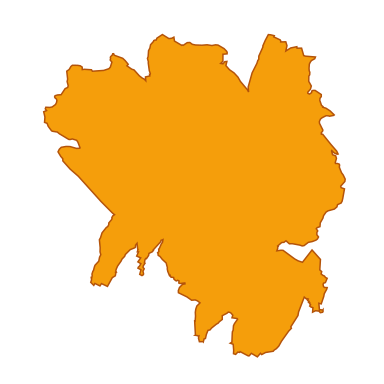 Tlapanalá, Puebla, Mexico, rotated 183°
{"feature_id": "50627088B76053764964540", "entity_name": "Tlapanalá", "entity_type": "district", "adm_level": 2, "iso_a3": "MEX", "parent_name": "Mexico", "parent_adm1": "Puebla", "projection": "mercator", "projection_center": [-98.531, 18.695], "detail": "fine", "context": "isolated", "style": "filled", "palette": "amber", "viewbox_px": 384, "rotation_deg": 183, "n_neighbors": 0, "source": "geoboundaries", "source_scale": "gbopen_adm2", "svg_char_len": 5886}
<svg xmlns="http://www.w3.org/2000/svg" viewBox="0 0 384 384"><g transform="rotate(183 192 192)"><path d="M48.1,237.6L49.7,240.5L50.4,241.2L55.8,246.8L64.5,256.5L65.8,256.5L66.0,257.9L64.6,259.9L64.6,260.8L68.3,267.3L68.5,269.1L67.5,271.6L65.9,273.0L62.1,275.2L59.9,275.2L58.6,274.9L54.5,275.9L54.0,276.4L58.3,280.2L62.6,282.7L65.8,283.5L65.6,284.1L67.2,285.3L69.2,290.2L69.1,292.3L67.9,294.0L68.0,296.1L74.4,299.9L76.5,299.8L77.6,299.2L77.8,297.5L79.8,295.9L81.5,296.6L81.6,297.7L79.1,300.9L78.4,304.1L81.2,308.6L81.4,313.8L80.6,315.2L80.6,317.8L81.3,319.2L81.6,321.7L81.5,325.9L80.7,327.8L79.6,329.5L76.4,331.5L75.8,333.3L85.9,333.6L87.6,334.1L90.1,341.4L94.6,341.1L94.9,342.6L101.0,341.0L105.7,337.7L104.8,343.1L106.2,346.9L111.3,346.5L111.3,347.5L111.9,348.5L118.5,351.2L118.0,352.4L121.7,353.1L124.0,353.2L126.8,347.2L128.9,341.6L128.8,340.5L129.3,339.2L132.4,331.2L132.3,328.1L133.2,326.7L133.9,323.9L138.2,314.1L141.4,299.8L140.7,294.8L142.2,297.2L149.5,305.0L152.1,309.1L156.2,313.1L161.0,316.1L164.8,320.0L164.0,324.2L166.0,323.9L167.8,321.6L170.1,321.9L168.0,324.2L168.3,331.2L164.2,331.8L164.2,333.3L164.7,334.3L167.5,336.9L173.7,340.1L176.2,340.2L179.8,339.3L184.6,339.8L189.8,339.1L196.2,339.0L199.4,339.5L202.0,341.2L204.6,340.9L208.5,338.0L209.5,338.3L209.9,337.9L217.4,341.8L218.2,345.7L220.2,344.5L223.1,344.0L229.8,347.7L235.1,343.8L235.7,341.9L237.2,341.7L238.1,341.2L238.3,340.4L241.1,336.9L241.6,333.5L242.8,330.9L242.9,324.9L243.5,323.1L242.3,319.5L242.5,318.8L241.0,310.9L239.8,308.0L240.1,307.0L240.5,307.1L240.2,305.7L244.5,304.5L244.0,300.7L245.7,302.3L247.4,303.0L250.6,305.2L256.3,310.9L258.6,311.5L263.6,314.6L262.4,316.2L265.6,319.7L268.2,321.9L276.8,324.5L277.5,326.0L278.4,325.9L278.9,324.4L280.3,323.0L280.6,322.2L280.3,321.4L280.6,319.5L278.8,317.5L280.1,312.4L281.4,310.8L286.5,308.8L297.8,307.4L298.8,308.8L306.0,308.9L308.0,308.5L308.2,311.0L310.2,312.2L312.9,312.5L318.1,312.3L319.5,311.0L321.1,307.9L323.4,306.1L322.1,298.2L322.5,295.8L321.2,291.7L321.6,289.9L324.1,288.6L327.8,282.3L331.3,281.9L333.8,281.0L334.2,279.8L333.7,278.8L332.4,277.9L331.7,276.5L332.0,274.2L332.9,272.2L336.1,269.6L338.5,269.0L342.4,269.0L342.9,267.4L341.5,265.7L344.3,264.4L342.8,259.1L342.9,253.8L340.3,253.0L339.0,250.0L335.6,245.9L334.8,245.4L329.6,244.8L327.5,243.2L317.9,238.1L316.6,238.0L314.3,238.7L309.9,237.6L308.5,235.7L306.1,230.2L306.5,229.8L309.7,229.5L316.2,231.0L320.1,230.9L324.9,229.8L326.8,227.7L327.9,225.1L324.8,220.5L322.8,218.5L322.6,216.3L314.8,208.4L306.5,201.9L282.2,177.6L270.3,166.8L268.2,165.3L269.8,164.1L270.7,162.3L270.5,161.1L270.9,160.2L273.5,156.7L273.4,155.2L274.3,153.1L275.7,152.1L279.7,146.5L281.0,141.5L282.0,139.5L280.8,131.6L280.7,127.4L279.8,124.6L280.9,122.1L281.5,118.0L285.0,113.8L285.6,111.9L286.3,108.4L286.8,107.8L287.6,104.8L287.3,103.5L287.7,100.8L288.1,101.0L287.7,99.0L288.4,96.5L285.2,93.6L284.2,95.6L279.0,93.4L277.6,95.8L271.5,93.3L267.1,102.3L264.2,104.3L263.8,107.3L264.1,107.7L263.3,108.0L264.0,109.1L263.6,111.1L262.4,114.2L259.2,119.3L258.4,121.3L255.9,124.2L255.3,126.1L250.7,131.2L246.2,133.3L245.6,134.0L245.6,136.0L244.2,137.9L243.2,131.9L242.9,131.8L243.5,129.4L242.3,129.4L243.9,125.1L239.8,123.5L242.4,119.4L239.3,117.7L240.6,115.2L241.7,114.1L242.0,113.1L238.9,111.7L239.9,107.0L237.6,105.9L236.2,106.9L236.1,107.9L236.8,110.4L235.7,112.8L237.0,114.3L236.8,115.7L235.2,118.4L235.8,118.7L235.4,122.1L234.7,123.2L234.0,123.0L232.0,126.4L231.8,128.4L228.4,130.3L227.4,131.9L227.7,132.1L220.6,140.8L220.4,142.1L218.5,143.0L218.8,140.3L219.9,138.6L221.9,133.3L222.3,133.2L222.0,130.8L223.2,129.5L222.6,128.6L222.6,127.5L222.4,126.9L220.6,126.0L218.1,123.1L214.1,119.8L212.6,115.1L212.7,113.9L212.0,111.3L210.1,107.3L209.6,107.8L208.5,105.8L205.9,105.7L205.4,103.9L203.6,102.6L202.8,102.4L201.7,103.1L200.3,102.5L200.4,100.4L199.1,100.0L194.4,100.8L194.2,99.9L196.7,99.2L199.5,96.0L200.5,92.8L200.3,90.7L191.6,87.0L186.7,83.9L183.2,84.4L180.9,83.6L178.2,81.7L181.2,78.4L182.1,75.2L182.4,72.0L182.0,68.3L182.1,63.3L182.6,63.4L181.1,49.3L181.4,49.1L178.7,48.8L178.2,48.3L177.6,48.6L177.9,46.4L176.8,42.9L173.2,43.1L172.9,42.8L172.2,46.0L170.9,46.4L170.2,50.5L168.8,54.7L166.8,55.2L165.3,57.2L160.5,61.5L159.2,62.2L157.8,64.0L155.1,66.3L155.3,70.1L150.7,72.8L149.5,74.0L147.7,73.7L146.7,73.1L144.8,71.1L145.5,68.5L140.3,68.0L139.8,67.4L142.7,62.8L143.6,60.6L143.7,55.9L144.3,54.8L144.4,53.3L144.3,44.1L145.9,43.0L142.9,42.1L142.1,36.0L142.1,32.7L139.9,32.1L137.9,34.5L136.0,34.3L135.6,35.1L127.3,31.3L126.3,31.4L124.3,34.0L118.1,30.8L115.2,34.5L113.9,33.3L110.1,35.6L102.6,37.2L101.5,38.6L99.6,39.9L97.3,42.6L94.8,47.7L88.2,58.1L85.6,61.1L86.3,62.5L79.7,74.2L79.3,77.8L74.4,92.9L72.1,91.1L71.8,91.5L70.3,91.2L70.9,89.7L69.4,88.9L69.9,88.0L68.5,87.3L68.8,86.7L67.7,85.6L68.5,84.3L67.3,83.4L65.2,82.8L65.3,78.3L62.4,79.9L59.4,79.7L58.7,80.1L58.8,79.5L57.5,78.2L55.4,78.7L54.9,79.3L55.0,81.3L55.2,81.0L58.6,81.2L59.5,87.5L57.1,87.0L55.0,94.4L54.6,97.3L52.4,101.9L52.0,103.6L54.8,103.6L55.8,104.7L56.3,106.7L55.8,107.9L54.4,108.3L53.9,108.9L52.5,112.9L54.2,113.6L55.3,115.0L57.1,115.7L58.8,117.0L58.3,119.3L60.3,120.9L60.2,131.4L69.1,140.4L78.0,127.6L82.4,128.8L85.9,130.5L98.0,138.5L100.1,138.5L104.2,137.7L103.5,140.0L103.5,141.8L103.1,142.2L103.6,142.6L99.7,146.3L97.6,146.5L95.6,148.2L92.1,145.4L89.0,145.6L81.5,144.6L79.2,143.9L77.3,144.3L73.2,147.8L69.3,148.8L65.7,150.4L64.3,151.6L63.3,153.7L65.1,155.9L65.2,158.2L64.4,159.7L66.0,161.8L65.1,163.0L62.4,164.1L62.3,167.9L59.9,172.7L59.4,175.2L57.1,178.9L55.2,180.3L48.9,182.4L46.5,184.7L46.0,187.0L42.5,188.8L41.6,190.7L41.1,193.5L39.9,203.1L43.4,204.2L43.8,205.6L39.9,210.5L39.7,212.9L41.9,216.9L43.7,219.1L45.7,223.4L46.2,224.6L46.0,226.6L46.4,227.5L48.3,228.1L50.2,228.0L50.5,228.8L49.5,233.1L50.4,235.6L53.6,236.6L54.8,240.3L54.6,240.7L52.4,238.7L50.6,237.8L49.9,237.9L49.2,237.3L48.1,237.6Z" fill="#f59e0b" stroke="#b45309" stroke-width="1.5"/></g></svg>